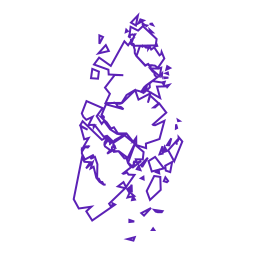 Kepulauan Aru, Maluku, Indonesia
{"feature_id": "22746128B17511076551422", "entity_name": "Kepulauan Aru", "entity_type": "district", "adm_level": 2, "iso_a3": "IDN", "parent_name": "Indonesia", "parent_adm1": "Maluku", "projection": "mercator", "projection_center": [134.564, -6.213], "detail": "fine", "context": "isolated", "style": "outline", "palette": "violet", "viewbox_px": 256, "rotation_deg": 0, "n_neighbors": 0, "source": "geoboundaries", "source_scale": "gbopen_adm2", "svg_char_len": 5934}
<svg xmlns="http://www.w3.org/2000/svg" viewBox="0 0 256 256"><path d="M82.6,121.2L80.2,125.5L87.6,129.7L80.6,126.3L84.2,139.3L88.6,138.0L82.1,149.2L83.0,149.2L84.3,147.5L85.4,146.8L86.2,146.4L87.2,146.4L87.6,146.9L87.9,147.3L88.0,147.2L88.0,146.9L88.0,146.6L88.2,146.3L88.5,146.2L88.8,146.3L88.0,147.3L84.7,147.4L82.7,150.5L81.9,149.5L81.9,153.6L84.9,159.5L93.7,154.8L90.5,158.8L94.9,156.9L97.4,164.2L97.1,178.3L98.8,178.7L100.4,181.8L102.3,182.0L103.5,184.4L105.6,184.7L103.6,184.6L99.6,181.9L96.3,177.7L93.6,166.8L90.7,168.4L92.6,162.3L86.1,168.4L90.2,162.2L84.4,161.8L82.0,157.4L73.7,199.2L78.8,208.5L91.4,206.7L86.3,211.3L92.2,220.5L115.1,204.6L112.6,203.3L112.1,205.9L111.6,206.4L111.0,206.6L109.1,203.7L125.2,188.2L117.9,186.4L123.5,182.1L126.0,187.1L134.5,174.9L128.5,174.6L127.0,172.4L124.9,173.4L123.4,173.8L122.9,173.5L131.1,167.2L128.0,163.0L126.6,158.3L124.3,158.3L118.5,151.2L113.9,151.9L111.9,148.7L111.8,151.0L107.2,153.7L110.2,150.1L105.0,146.4L104.4,144.8L104.6,142.5L106.5,139.2L105.7,137.9L101.9,139.8L82.6,121.2ZM138.5,99.6L135.2,90.2L122.1,103.0L120.2,103.7L118.9,103.8L115.6,103.0L117.9,106.6L118.2,106.8L119.8,106.8L120.9,107.1L121.3,107.4L121.6,108.0L121.8,107.7L123.5,109.2L106.0,104.3L101.6,114.8L103.7,116.6L103.7,118.1L103.2,119.2L106.8,122.4L111.0,128.6L113.9,127.3L117.9,133.4L126.4,133.4L133.2,141.8L136.2,137.6L136.3,145.1L146.1,148.1L145.9,143.6L159.5,139.0L164.4,120.8L155.2,125.2L153.7,125.1L153.0,124.8L152.8,124.6L166.3,112.6L159.3,103.5L155.0,107.4L153.6,107.4L158.7,103.3L150.2,95.6L147.9,102.7L150.3,93.4L138.5,99.6ZM123.3,75.2L114.7,75.0L105.0,87.6L109.9,93.8L105.5,103.1L121.7,102.9L126.6,95.0L135.0,90.0L141.3,91.7L144.1,87.3L146.4,85.2L157.5,77.2L155.4,75.9L154.6,74.8L154.3,73.1L154.5,72.1L152.8,71.7L150.1,68.4L150.9,65.5L149.4,66.0L147.9,64.2L145.2,65.7L136.4,56.1L134.8,53.1L134.7,50.5L134.9,50.2L133.9,47.1L134.1,45.3L133.3,44.2L132.3,45.2L131.1,44.0L131.1,41.0L128.1,45.3L124.4,41.3L110.8,65.9L99.1,57.6L94.0,64.5L108.4,69.7L108.7,74.5L123.3,75.2ZM86.5,101.1L81.8,113.4L83.4,116.9L86.3,119.8L92.6,116.8L88.5,125.0L94.5,124.8L103.7,136.7L107.1,135.8L113.3,141.8L115.0,139.9L124.0,135.0L117.0,133.8L110.1,129.3L104.0,121.1L101.7,123.9L96.7,116.1L102.6,108.1L86.5,101.1ZM139.9,46.1L136.5,56.0L145.3,65.3L148.2,63.9L149.6,65.7L150.0,65.2L154.8,65.6L157.9,67.8L164.3,58.5L161.6,51.9L161.2,54.1L159.5,55.3L154.2,47.4L151.2,49.5L149.8,46.7L148.3,48.8L148.4,47.6L145.9,47.6L144.1,45.8L142.6,46.6L142.3,45.7L141.6,46.2L139.9,46.1ZM134.3,35.7L133.1,38.4L131.3,43.8L133.5,44.0L134.5,45.8L155.7,45.4L156.6,39.0L142.9,26.1L138.1,30.6L130.6,26.8L129.5,35.3L132.6,34.4L134.3,35.5L134.7,34.3L135.2,34.3L134.3,35.7ZM124.6,135.4L113.5,142.8L113.3,144.7L113.6,144.7L113.9,145.0L114.7,146.0L114.9,146.7L115.1,147.4L114.9,148.2L114.4,149.1L114.3,149.8L113.8,150.4L113.9,151.2L118.8,151.2L127.7,157.8L134.8,143.7L124.6,135.4ZM160.3,176.9L154.2,176.0L146.7,191.0L150.0,199.9L160.7,189.9L160.3,176.9ZM143.6,152.0L134.7,144.5L128.1,162.7L132.2,166.4L134.0,163.8L133.7,162.9L133.9,162.1L134.1,161.8L134.5,161.5L136.7,162.1L135.8,159.3L142.8,159.4L143.6,152.0ZM178.5,138.6L168.2,150.3L174.2,161.3L182.3,141.5L178.6,137.1L178.7,138.9L177.7,141.0L176.5,142.0L176.8,144.7L176.3,141.8L178.5,138.6ZM162.3,82.6L152.4,81.0L149.1,83.9L149.6,84.6L149.8,87.3L146.9,90.4L160.1,98.0L157.0,86.6L165.0,86.4L162.3,82.6ZM163.9,168.4L155.1,156.9L148.5,161.1L151.8,171.5L163.9,168.4ZM158.6,68.6L150.4,68.4L159.8,76.4L161.2,67.7L158.6,68.6ZM92.3,68.9L91.0,78.2L98.0,78.7L98.9,71.6L92.3,68.9ZM135.9,25.5L137.9,15.4L131.0,22.6L135.9,25.5ZM108.8,51.0L105.8,45.1L98.4,53.4L108.8,51.0ZM172.1,162.0L165.2,165.7L165.8,170.6L170.2,172.1L172.1,162.0ZM141.2,161.0L137.4,162.5L134.2,161.8L134.1,163.9L132.3,167.9L141.2,161.0ZM142.5,166.5L147.8,157.7L140.6,165.1L140.8,165.1L141.4,165.6L141.8,166.4L142.5,166.5ZM146.3,88.8L146.9,85.1L141.7,92.1L143.6,92.9L146.3,88.8ZM99.4,43.8L103.0,37.0L99.4,35.4L99.4,43.8ZM134.2,196.0L129.8,192.2L127.5,197.5L134.2,196.0ZM169.3,145.3L171.3,138.3L167.0,145.1L169.3,145.3ZM159.5,154.3L162.7,153.6L162.5,146.2L159.5,154.3ZM134.7,237.2L127.5,239.1L133.4,240.6L134.7,237.2ZM144.0,215.6L151.0,208.0L141.3,213.1L144.0,215.6ZM104.6,144.7L107.6,140.6L106.8,139.7L104.6,144.7ZM140.4,170.1L138.7,165.9L136.8,169.1L140.4,170.1ZM131.8,191.2L131.6,184.7L129.4,190.3L131.8,191.2ZM165.4,177.3L163.8,181.2L166.9,182.2L168.1,181.0L165.4,177.3ZM134.9,199.6L133.0,196.4L132.0,200.1L134.9,199.6ZM143.7,20.5L140.4,19.4L138.5,23.3L143.7,20.5ZM164.1,151.9L166.9,151.0L164.8,147.2L164.1,151.9ZM170.1,68.0L167.2,66.2L166.3,69.7L170.1,68.0ZM134.2,221.5L129.4,219.9L129.4,222.0L134.2,221.5ZM127.8,31.2L126.3,29.7L125.8,32.1L127.8,31.2ZM109.2,139.4L105.7,136.7L109.5,142.0L109.2,139.4ZM162.5,211.1L154.2,209.9L155.7,211.6L157.8,212.2L161.7,212.2L162.5,211.1ZM159.2,173.3L158.7,170.0L156.1,172.1L159.2,173.3ZM141.0,178.3L143.6,179.4L143.4,176.8L141.0,178.3ZM168.4,77.7L164.2,77.4L164.3,78.2L168.4,77.7ZM177.1,128.0L176.1,124.3L175.9,128.6L177.1,128.0ZM144.8,25.1L142.6,23.1L142.7,24.5L144.8,25.1ZM103.7,117.6L100.8,116.8L103.0,119.1L103.7,117.6ZM150.3,32.3L152.6,32.4L149.7,29.7L150.3,32.3ZM110.1,143.6L112.4,142.1L110.4,140.9L110.1,143.6ZM113.0,146.9L115.0,147.4L113.5,144.8L113.0,146.9ZM128.3,191.0L129.7,187.3L127.2,189.2L128.3,191.0ZM144.7,92.1L146.6,90.2L146.7,88.9L144.7,92.1ZM169.2,84.8L166.4,85.5L167.2,87.1L169.2,84.8ZM133.4,141.9L135.4,141.4L136.2,139.1L133.4,141.9ZM152.0,230.0L154.2,230.0L153.1,228.4L152.0,230.0ZM152.0,23.6L149.7,23.9L152.9,25.1L152.0,23.6ZM157.2,45.9L156.2,43.2L155.7,46.2L157.2,45.9ZM179.5,120.9L177.8,119.8L178.1,121.1L179.5,120.9ZM130.4,37.7L129.2,35.4L128.8,36.6L130.4,37.7ZM161.9,76.2L162.1,73.5L161.1,74.7L161.9,76.2ZM167.8,72.5L165.8,73.3L168.1,74.2L167.8,72.5ZM132.4,39.2L130.2,39.8L131.5,40.1L132.4,39.2ZM164.7,81.8L162.4,82.3L164.1,83.5L164.7,81.8ZM93.7,127.2L94.7,125.6L93.6,125.8L93.7,127.2ZM147.1,25.5L145.4,25.1L146.4,26.1L147.1,25.5Z" fill="none" stroke="#5b21b6" stroke-width="2"/></svg>